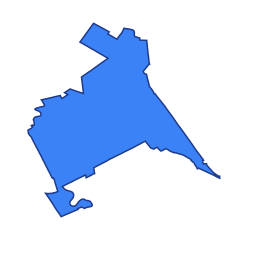 outline of Dumbraveni, Suceava, Romania, rotated 189°
{"feature_id": "2599482B38989463246300", "entity_name": "Dumbraveni", "entity_type": "district", "adm_level": 2, "iso_a3": "ROU", "parent_name": "Romania", "parent_adm1": "Suceava", "projection": "robinson", "projection_center": [26.435, 47.672], "detail": "fine", "context": "isolated", "style": "filled", "palette": "blue", "viewbox_px": 256, "rotation_deg": 189, "n_neighbors": 0, "source": "geoboundaries", "source_scale": "gbopen_adm2", "svg_char_len": 5767}
<svg xmlns="http://www.w3.org/2000/svg" viewBox="0 0 256 256"><g transform="rotate(189 128 128)"><path d="M180.1,30.0L176.1,32.6L171.2,35.6L170.5,36.1L164.7,39.7L164.6,39.9L164.8,40.1L165.0,40.3L164.9,40.4L164.1,41.0L162.8,41.9L161.5,42.7L161.2,42.7L160.6,42.5L160.5,42.4L159.8,42.2L158.9,41.9L158.2,41.8L157.2,42.7L156.2,43.1L155.1,43.6L153.1,44.3L152.0,44.8L151.3,45.5L151.2,46.1L151.8,47.5L153.7,49.5L155.3,50.0L156.4,50.1L157.2,49.9L158.0,49.9L158.9,50.3L160.4,50.8L161.5,50.7L162.8,50.2L163.7,49.3L165.1,47.7L166.4,45.0L167.4,43.4L168.3,42.7L169.6,42.2L170.9,42.2L171.9,42.5L172.6,42.9L173.3,43.5L173.8,44.5L173.8,45.4L173.6,46.5L173.0,47.6L171.4,50.2L171.1,52.0L171.2,53.4L171.5,54.4L172.8,55.8L174.7,56.4L177.3,56.7L180.1,57.2L181.2,57.9L182.6,58.9L183.7,59.9L182.8,60.6L179.9,62.7L177.6,64.4L175.6,65.7L172.6,68.0L169.5,70.2L164.1,73.9L162.7,75.0L162.3,74.6L162.0,73.7L161.7,72.8L161.5,72.3L156.4,76.0L155.0,77.4L154.6,77.6L154.1,77.6L153.8,77.7L155.6,83.3L154.4,84.3L147.9,89.1L143.8,92.1L141.6,94.0L133.7,99.6L130.5,101.8L129.1,102.9L121.0,108.6L108.9,117.7L102.3,111.8L99.2,111.2L96.5,113.5L96.0,113.2L95.2,112.7L94.7,112.4L94.4,112.0L92.8,110.9L91.8,110.4L91.6,110.4L87.2,113.6L86.8,113.4L86.4,113.3L85.7,113.0L85.3,112.9L84.4,112.5L83.9,112.2L83.0,111.8L82.1,111.6L81.4,111.4L79.4,110.9L79.0,110.9L78.2,110.8L77.9,110.8L77.7,110.9L77.4,111.0L76.4,110.9L73.1,110.4L71.7,110.3L70.3,110.1L69.6,110.0L68.9,109.8L66.6,108.9L62.3,107.3L61.6,107.0L61.0,106.6L60.8,106.4L60.7,106.2L60.6,105.7L60.2,105.5L59.9,105.4L59.6,105.4L59.4,105.2L59.1,104.7L58.8,104.6L58.2,104.4L57.9,104.3L57.4,104.0L57.0,103.5L56.8,103.1L56.3,102.3L55.1,101.0L54.6,100.6L53.7,99.4L53.1,98.5L52.8,98.6L52.5,98.9L52.2,99.1L52.0,99.4L40.7,96.1L38.0,95.4L34.7,94.4L34.1,94.1L31.3,93.2L29.5,92.8L29.8,93.9L30.0,94.8L31.2,94.6L34.8,96.4L34.7,96.0L36.9,97.5L41.0,100.8L44.4,103.6L44.9,105.1L48.1,104.3L48.6,105.7L49.2,107.3L48.3,107.9L49.2,108.8L49.3,109.2L49.8,109.4L52.2,111.9L57.2,116.7L59.9,119.5L62.7,122.5L65.6,125.5L76.6,136.6L77.4,137.3L77.8,137.6L82.3,142.3L86.1,146.3L90.4,150.5L93.9,154.0L94.2,154.5L105.6,165.0L106.7,166.1L107.5,165.8L107.7,166.2L108.0,166.8L108.5,167.6L109.2,168.3L109.7,169.0L113.1,172.2L113.4,172.5L113.5,172.8L114.0,174.1L114.9,176.3L115.6,177.8L116.0,178.7L116.3,179.4L116.5,179.7L116.7,180.2L116.7,180.4L117.2,181.5L117.7,182.9L117.9,183.4L118.0,183.7L118.2,183.9L118.4,184.0L118.9,184.1L119.9,184.2L120.2,184.3L120.5,184.6L121.8,186.1L121.4,187.1L120.5,188.6L119.0,191.2L118.5,192.2L117.8,193.2L117.3,193.8L117.1,194.3L116.8,194.5L117.0,194.6L117.6,196.8L117.9,197.4L118.1,198.5L119.3,203.0L119.7,204.3L120.4,206.5L120.5,207.2L121.0,209.1L121.2,209.5L121.9,212.5L122.0,213.0L122.1,213.3L122.9,216.1L123.1,217.1L123.2,217.5L130.0,216.6L130.5,218.7L135.3,219.4L135.7,219.7L136.1,220.2L136.4,221.2L136.5,221.9L136.5,222.9L137.0,224.2L137.3,224.9L138.2,225.4L138.7,225.6L139.4,225.7L141.3,225.8L142.1,225.9L143.1,225.9L144.5,225.9L146.7,225.8L147.3,225.8L147.5,225.9L148.6,222.3L149.0,221.3L149.1,220.9L149.4,220.4L150.6,218.3L151.6,216.5L151.9,215.9L152.1,215.5L152.6,214.0L154.4,214.6L160.5,216.9L162.7,217.7L161.6,220.0L167.4,222.1L170.6,223.2L178.4,226.0L183.8,215.4L188.9,205.3L188.2,205.0L187.3,204.8L186.8,204.6L185.1,203.9L184.0,203.6L183.0,203.1L182.8,203.0L181.8,202.7L179.7,201.9L177.5,201.0L176.9,200.7L174.5,199.9L172.7,199.2L171.8,198.9L171.5,198.7L170.8,198.4L169.8,198.0L169.4,197.9L166.4,196.7L165.5,196.4L164.1,195.9L162.1,195.0L161.8,194.9L161.1,194.7L160.3,194.4L158.7,193.8L158.7,193.7L158.8,193.7L162.4,190.0L163.9,188.6L168.2,184.3L171.1,181.5L172.1,180.5L172.9,179.7L173.5,179.0L175.6,177.1L177.8,175.0L178.6,174.2L181.6,171.4L181.9,171.0L180.9,167.6L180.2,165.1L180.0,164.4L178.4,158.8L177.7,156.3L177.4,155.1L177.7,155.1L182.6,155.9L189.5,157.1L191.2,157.5L196.2,153.0L194.3,152.2L192.6,151.6L196.3,148.2L197.8,146.8L198.0,147.0L198.3,147.4L198.9,147.9L199.1,148.1L199.5,148.8L200.0,149.5L206.0,147.1L207.0,146.6L218.0,142.2L217.9,142.1L217.5,141.9L217.4,141.8L217.0,141.3L216.5,140.7L216.0,139.9L215.6,139.4L214.7,138.5L214.5,138.1L214.3,137.7L214.0,137.2L213.9,137.0L213.9,136.8L214.1,136.6L214.3,136.4L214.8,136.1L215.4,135.9L216.6,135.5L219.4,134.3L220.0,134.0L220.2,133.9L221.3,133.5L221.6,133.3L222.2,132.6L222.7,132.4L222.9,132.3L222.9,131.9L221.4,131.2L218.7,130.7L217.1,129.8L216.3,128.6L216.0,127.5L216.2,126.5L217.3,125.8L219.2,125.2L220.6,124.7L221.6,124.1L222.5,122.7L222.8,121.9L222.6,121.0L221.9,120.0L221.9,119.4L221.2,117.8L221.2,116.1L222.1,115.3L223.0,116.0L223.9,115.2L222.9,114.4L222.6,113.8L223.5,112.4L225.5,111.1L226.5,110.0L226.4,109.8L226.2,109.6L225.9,108.8L225.8,108.5L225.8,108.0L225.8,107.7L225.7,107.5L225.6,107.3L225.4,107.0L225.1,106.7L224.3,105.7L224.0,105.3L223.7,105.1L222.4,104.3L222.3,104.2L221.4,102.8L220.7,101.9L220.6,101.7L220.1,101.1L219.9,100.8L219.7,100.4L219.4,100.1L218.9,99.4L217.0,96.9L215.8,95.1L215.4,94.6L215.2,94.4L215.0,94.1L214.7,93.8L214.3,93.4L214.2,93.3L213.7,92.3L213.5,92.1L213.1,91.6L212.8,91.3L212.5,90.9L211.8,89.8L208.9,86.0L207.5,83.9L207.2,83.4L206.6,82.6L206.3,82.2L205.7,81.5L204.7,80.1L203.2,77.9L202.1,76.5L201.9,76.2L200.6,74.4L199.8,73.2L199.1,72.4L198.7,71.8L198.5,71.6L198.0,70.9L196.3,68.4L195.3,67.2L195.0,66.9L194.7,66.5L194.0,66.8L193.8,66.8L193.6,66.9L193.3,66.5L193.2,66.1L192.3,64.4L191.7,63.1L191.0,61.6L189.1,57.8L188.2,55.9L187.8,55.2L187.3,54.3L187.6,54.1L187.8,54.1L188.0,54.0L188.1,53.9L189.0,53.3L189.4,53.1L190.8,52.5L191.9,52.2L192.2,52.0L193.3,51.3L193.7,51.3L194.3,51.3L194.5,51.3L195.5,51.0L196.3,50.8L196.6,50.7L196.9,50.6L197.3,50.6L197.9,50.7L198.5,50.7L199.2,50.6L198.5,50.0L196.3,47.6L194.4,45.6L193.3,44.4L190.8,41.7L187.7,38.0L185.5,35.6L181.5,31.5L180.9,30.7L180.1,30.0Z" fill="#3b82f6" stroke="#1e3a8a" stroke-width="1.5"/></g></svg>